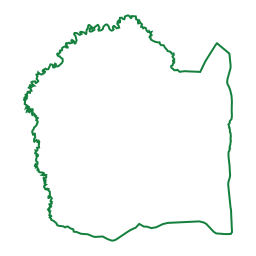 the district of Wang Hin, Si Sa Ket, Thailand
{"feature_id": "78962969B5946354478732", "entity_name": "Wang Hin", "entity_type": "district", "adm_level": 2, "iso_a3": "THA", "parent_name": "Thailand", "parent_adm1": "Si Sa Ket", "projection": "natural_earth1", "projection_center": [104.168, 14.969], "detail": "fine", "context": "isolated", "style": "outline", "palette": "green", "viewbox_px": 256, "rotation_deg": 0, "n_neighbors": 0, "source": "geoboundaries", "source_scale": "gbopen_adm2", "svg_char_len": 5545}
<svg xmlns="http://www.w3.org/2000/svg" viewBox="0 0 256 256"><path d="M216.2,233.4L225.4,234.1L230.7,234.0L232.0,232.2L231.0,209.9L230.5,207.2L228.2,184.7L228.4,181.9L229.6,178.2L230.1,175.4L229.5,165.1L228.5,156.4L228.5,152.8L228.7,151.7L229.5,150.5L229.6,148.4L230.0,148.3L229.6,147.1L230.4,144.3L230.5,142.3L230.7,141.7L230.9,140.6L230.5,139.9L230.7,138.3L230.5,137.8L230.9,136.3L230.4,132.7L230.0,132.3L229.8,129.0L229.4,128.4L229.6,127.7L229.1,127.3L229.1,126.4L228.4,124.5L229.7,123.1L229.6,122.2L229.8,121.2L231.6,118.9L231.9,115.6L231.7,110.3L231.9,100.9L231.5,95.6L230.2,90.1L228.9,86.6L227.7,84.5L227.1,82.3L227.5,79.0L230.5,68.3L230.6,65.6L229.4,53.6L217.0,43.3L215.7,44.8L205.4,61.2L200.2,71.9L184.4,71.2L179.6,71.8L177.5,69.8L176.5,70.2L174.2,70.2L173.0,68.9L171.6,68.0L171.1,66.5L171.2,66.0L172.6,65.3L173.0,63.7L174.3,62.4L174.1,61.8L173.2,61.7L172.9,60.8L173.5,60.0L174.3,59.8L174.3,59.2L172.5,56.7L172.7,56.0L173.8,54.9L173.6,53.5L171.8,53.7L170.5,51.8L167.6,51.0L167.2,50.1L165.0,47.6L163.7,45.3L161.0,45.1L160.0,43.9L159.5,42.3L158.6,42.5L155.1,41.8L151.2,39.8L150.6,38.8L150.6,37.8L149.9,37.6L149.5,37.0L150.3,35.7L151.3,35.6L151.7,35.1L150.5,33.6L151.4,32.0L149.8,32.4L149.0,31.1L148.4,32.0L148.0,32.0L146.6,30.5L145.7,28.0L144.2,27.5L143.2,28.3L142.4,26.9L141.2,26.9L141.2,26.3L142.0,24.3L140.6,23.0L139.9,21.9L138.8,23.4L138.1,23.4L137.9,21.2L138.7,20.1L136.2,19.4L135.8,16.4L131.6,16.1L131.4,17.9L131.0,18.1L130.6,17.9L129.4,16.2L128.3,15.4L127.7,15.4L124.9,16.5L124.6,18.7L124.2,19.3L122.8,18.9L121.8,17.7L120.0,17.8L119.6,19.5L120.1,20.6L120.0,22.3L119.2,22.6L119.0,22.0L119.2,21.1L118.5,20.8L117.8,21.3L117.3,23.5L117.6,24.4L118.5,25.4L119.2,27.6L116.7,28.3L114.2,26.0L113.7,26.0L113.0,26.7L112.8,27.6L113.6,29.5L112.6,30.4L111.4,30.6L110.0,29.6L109.2,28.5L109.0,27.0L107.3,24.7L106.6,24.4L104.7,25.3L103.3,27.0L102.9,28.9L102.2,29.6L100.8,30.4L98.7,30.6L98.3,29.4L99.2,28.4L99.4,27.7L98.2,25.1L97.7,24.9L94.1,27.6L94.4,29.8L92.6,31.0L90.6,31.7L89.6,31.0L89.7,28.7L90.2,28.3L91.9,28.9L92.4,27.7L89.4,25.1L88.8,25.0L88.3,25.5L87.9,27.6L86.5,30.5L86.4,33.1L86.1,34.0L85.6,33.9L84.1,32.5L81.2,31.8L80.4,31.9L80.2,32.5L81.3,33.5L81.5,34.1L80.0,34.8L79.3,34.7L76.8,33.1L74.6,33.0L74.2,33.7L74.2,34.5L75.5,36.0L76.6,40.5L75.4,43.4L74.9,43.5L73.8,41.2L72.0,39.9L71.4,40.4L71.4,41.0L73.2,41.8L73.0,42.5L69.8,43.4L68.9,42.7L67.2,43.6L66.7,43.1L66.2,43.2L65.9,43.6L66.0,44.6L67.7,47.1L67.6,47.6L66.4,47.5L65.2,46.3L62.8,47.4L62.1,48.2L62.1,50.2L60.0,50.5L59.8,51.1L60.4,52.0L60.2,52.4L58.8,53.8L57.9,53.4L57.3,53.8L57.2,54.5L57.8,55.6L58.6,56.2L59.7,56.3L60.5,57.4L62.5,58.8L62.8,61.0L62.1,62.8L58.5,66.1L57.7,66.4L56.0,66.3L55.9,64.2L55.1,63.7L54.7,64.7L55.2,66.5L54.7,67.3L54.0,67.5L53.1,67.3L52.7,65.0L51.8,64.5L50.5,64.4L48.3,69.2L46.9,69.4L45.5,68.7L42.9,70.2L42.6,70.9L42.8,71.5L44.5,71.1L45.0,71.6L44.9,72.1L43.5,73.6L41.4,74.5L40.0,74.0L38.2,72.4L38.0,74.3L36.5,74.5L36.6,75.4L37.4,76.4L36.6,78.8L38.2,80.9L38.2,81.4L36.0,83.0L35.6,82.9L35.1,81.4L32.4,81.6L31.4,82.2L32.5,84.3L34.2,85.7L33.1,85.8L31.1,87.4L30.7,86.7L30.8,85.4L30.4,85.1L29.9,85.2L29.7,86.5L28.8,87.7L30.6,88.7L31.5,90.7L30.2,91.1L30.0,92.8L29.1,92.7L28.1,91.7L27.6,92.0L27.4,93.4L25.6,94.9L26.0,95.4L27.0,95.3L27.2,95.9L25.9,96.4L24.5,97.8L25.0,98.5L26.4,97.7L26.9,97.9L26.9,98.2L25.9,99.5L24.3,98.9L24.0,99.8L25.1,101.3L24.7,104.0L27.0,105.5L26.0,108.0L26.5,107.7L27.1,108.0L27.5,108.9L27.8,109.0L28.6,108.4L28.5,106.7L29.2,107.2L29.3,109.0L27.0,110.7L26.8,111.6L29.4,110.3L28.9,111.9L29.5,112.2L29.9,111.6L30.1,110.6L30.9,110.1L30.7,109.3L32.5,109.2L32.7,110.5L31.7,111.7L32.6,112.3L31.9,113.6L32.4,115.1L32.7,115.1L33.4,113.9L34.0,113.7L35.0,114.9L34.9,115.8L35.9,115.9L35.6,116.9L35.8,117.5L37.6,117.7L37.9,118.0L36.2,120.1L37.7,121.4L37.6,122.8L36.9,123.4L36.9,124.4L35.6,126.3L34.2,127.3L33.7,129.0L32.5,130.6L32.2,131.9L33.0,134.7L33.4,134.7L34.3,133.6L34.9,133.8L35.2,137.4L34.1,138.9L34.1,141.6L34.4,141.7L34.8,141.1L36.6,140.0L37.5,142.2L38.2,142.1L38.8,141.0L39.3,141.8L38.9,142.8L39.1,144.0L38.7,145.0L39.1,147.4L37.1,147.8L37.6,149.1L37.3,150.2L36.9,150.7L35.5,150.5L36.0,152.0L35.1,153.2L36.0,153.9L37.3,154.2L38.0,155.1L37.8,156.1L36.5,156.0L36.7,157.4L36.0,159.7L36.3,161.4L37.5,162.1L37.5,164.0L36.4,164.5L35.6,164.1L34.8,165.8L35.4,166.4L35.9,165.6L36.3,165.7L36.0,167.3L37.2,166.8L37.3,167.8L38.1,169.0L37.5,169.9L38.7,170.3L38.5,171.5L39.8,172.3L42.9,172.6L43.9,173.2L43.9,173.7L42.0,175.0L44.1,175.4L45.7,174.8L46.3,175.0L46.0,175.8L46.3,176.9L46.0,177.7L44.8,178.0L43.8,177.8L43.5,178.3L44.1,179.6L44.0,180.6L44.5,180.7L45.3,180.0L45.6,180.1L45.4,182.4L44.6,182.2L44.5,182.8L44.8,184.3L45.9,184.7L44.4,185.8L44.0,186.9L45.2,188.6L45.3,189.2L46.3,189.4L47.1,188.6L48.6,189.1L48.1,190.1L49.8,191.7L49.9,195.3L48.4,196.5L48.4,197.9L48.7,198.0L50.6,196.9L51.8,198.3L50.5,201.2L50.7,201.7L51.8,201.9L51.7,203.6L49.4,204.3L49.7,205.0L50.6,204.9L51.2,206.5L50.6,207.0L49.9,206.5L50.0,207.6L48.8,208.3L48.0,209.5L48.7,210.4L49.3,209.8L49.2,211.2L50.2,211.3L49.7,212.9L49.8,214.2L49.3,215.2L49.9,215.8L50.9,215.7L51.2,216.1L49.7,217.4L51.0,218.6L51.2,219.8L53.6,220.9L56.6,223.4L56.7,224.3L57.4,225.3L58.9,225.8L63.2,226.3L65.2,227.4L66.6,226.6L67.7,226.5L70.5,228.4L73.2,229.3L73.7,231.6L76.6,232.0L81.1,233.8L87.8,234.3L93.4,236.6L95.2,236.9L102.7,236.5L107.6,239.1L111.7,240.6L113.7,240.5L116.0,239.6L128.4,231.3L131.7,229.4L135.7,227.7L139.2,223.9L143.9,226.6L146.7,226.6L151.4,228.1L156.3,227.2L162.8,224.1L167.8,222.9L199.1,221.4L203.5,222.4L206.3,223.9L213.6,231.7L216.2,233.4Z" fill="none" stroke="#15803d" stroke-width="2"/></svg>